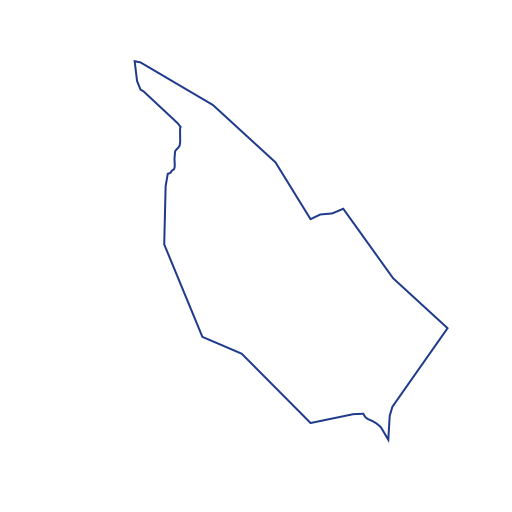 the Parish of Saint David, rotated 315°
{"feature_id": "DMA-1433", "entity_name": "Saint David", "entity_type": "Parish", "adm_level": 1, "iso_a3": "DMA", "parent_name": "Dominica", "parent_adm1": "", "projection": "orthographic", "projection_center": [-61.287, 15.413], "detail": "fine", "context": "isolated", "style": "outline", "palette": "blue", "viewbox_px": 512, "rotation_deg": 315, "n_neighbors": 0, "source": "natural_earth", "source_scale": "10m", "svg_char_len": 820}
<svg xmlns="http://www.w3.org/2000/svg" viewBox="0 0 512 512"><g transform="rotate(315 256 256)"><path d="M307.9,32.5L311.2,37.4L332.3,118.8L336.0,203.6L320.6,268.5L330.8,272.1L340.0,279.8L351.1,284.3L337.2,368.7L340.4,442.5L246.0,459.0L237.6,463.5L219.6,479.5L223.1,466.0L223.2,463.5L222.7,459.1L221.7,455.3L219.9,450.6L219.5,448.9L219.4,447.3L220.3,443.4L212.9,436.6L176.5,412.7L176.8,315.0L160.9,275.3L199.3,182.9L241.5,142.7L251.7,135.5L252.6,136.0L253.5,136.4L254.3,136.7L254.9,136.6L256.5,136.2L257.4,136.3L258.9,136.6L259.6,136.6L261.2,135.7L263.1,134.0L266.9,129.8L272.5,125.0L273.4,124.6L274.1,124.5L277.8,124.4L278.8,124.2L280.0,123.9L281.3,123.1L283.6,121.2L291.7,112.9L293.0,111.8L293.9,111.5L294.5,107.0L292.9,60.0L292.0,56.7L295.6,48.2L307.9,32.5Z" fill="none" stroke="#1e3a8a" stroke-width="2"/></g></svg>